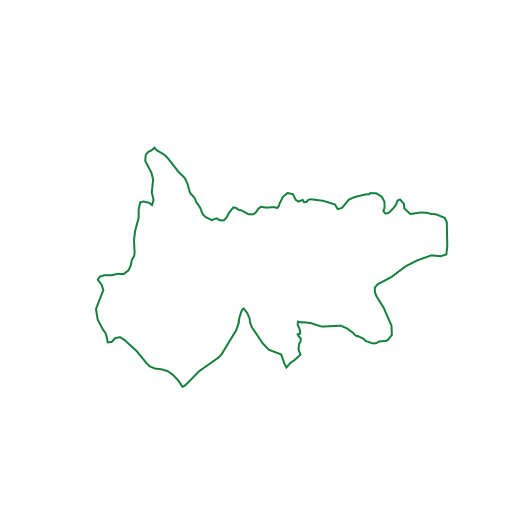 an SVG outline of Kogi, rotated 140°
{"feature_id": "NGA-2865", "entity_name": "Kogi", "entity_type": "State", "adm_level": 1, "iso_a3": "NGA", "parent_name": "Nigeria", "parent_adm1": "", "projection": "orthographic", "projection_center": [6.621, 7.634], "detail": "fine", "context": "isolated", "style": "outline", "palette": "green", "viewbox_px": 512, "rotation_deg": 140, "n_neighbors": 0, "source": "natural_earth", "source_scale": "10m", "svg_char_len": 2728}
<svg xmlns="http://www.w3.org/2000/svg" viewBox="0 0 512 512"><g transform="rotate(140 256 256)"><path d="M396.4,203.0L395.6,210.8L396.0,217.9L397.7,224.7L401.7,230.6L405.6,234.5L408.2,239.4L408.8,244.2L408.5,259.8L410.7,276.0L412.3,281.2L416.6,283.6L421.7,282.9L425.1,285.2L422.4,290.0L420.8,293.9L420.5,298.2L418.2,309.0L412.6,318.3L394.9,328.0L392.7,333.4L392.4,339.5L388.8,340.6L384.5,338.7L378.7,333.9L373.6,331.4L369.1,327.3L362.6,327.0L357.7,329.5L353.4,332.9L349.2,334.4L346.8,336.7L339.1,346.7L332.5,352.9L321.3,360.7L316.2,366.9L310.3,371.5L307.0,370.0L304.8,366.8L303.9,366.0L303.3,364.1L303.3,362.9L302.9,361.8L298.5,364.7L294.9,371.8L285.8,380.5L282.6,386.9L279.7,400.1L275.3,404.4L271.9,405.0L268.4,404.2L265.4,404.1L264.2,404.3L264.2,402.4L263.9,400.4L261.2,392.8L260.7,387.0L261.3,369.8L260.5,362.7L260.7,360.4L262.1,355.2L265.6,347.7L265.9,346.5L265.8,340.5L265.9,339.1L267.1,335.9L267.7,329.0L269.4,324.0L269.9,321.5L269.7,318.9L269.4,317.7L267.2,313.0L266.9,311.9L263.4,310.8L261.6,309.7L261.2,307.4L259.7,305.5L257.7,304.0L254.2,304.3L248.7,306.5L242.0,307.8L240.2,305.2L239.7,302.7L237.9,300.3L234.9,292.8L231.5,289.8L228.7,289.4L223.7,290.7L220.6,290.5L216.8,286.2L212.4,283.1L210.4,281.4L209.0,279.1L206.4,279.6L203.7,281.3L197.5,283.9L191.3,284.0L188.0,279.4L189.5,273.5L188.5,270.4L184.2,269.0L184.7,266.3L182.4,264.9L179.8,265.4L177.5,264.2L169.1,255.1L162.4,244.7L163.3,239.4L159.3,237.6L148.5,239.5L142.4,237.7L132.0,232.5L129.8,230.6L128.0,230.7L123.6,226.7L121.6,220.9L122.6,215.2L126.5,210.3L129.5,208.6L129.7,205.6L127.7,204.1L125.2,203.8L120.3,204.3L115.5,205.4L111.8,207.5L109.3,206.6L109.1,200.9L111.8,197.1L110.8,189.0L101.9,183.5L96.5,178.4L95.2,176.0L92.9,173.9L90.9,171.5L86.9,163.9L88.0,159.4L103.3,140.4L109.2,134.9L114.5,137.0L121.2,143.7L134.6,148.8L147.8,151.9L166.3,152.9L181.0,156.2L185.4,155.3L188.1,152.0L189.5,148.1L191.5,134.2L197.0,115.5L202.7,108.2L208.6,107.0L210.9,107.3L211.8,108.1L216.8,111.4L219.5,111.9L221.6,113.0L223.3,114.8L226.6,120.4L226.7,122.8L227.0,123.9L229.0,128.1L229.3,129.2L230.1,129.4L230.6,130.5L230.9,131.7L231.2,135.7L232.9,142.2L236.0,148.4L237.0,149.0L250.2,159.0L251.8,160.8L257.0,169.2L262.0,174.6L263.7,175.4L263.8,176.1L265.7,177.9L266.1,178.7L268.4,176.4L269.3,172.8L270.8,169.5L272.5,168.1L274.4,169.2L275.0,167.0L274.7,164.0L276.8,161.9L279.6,160.9L283.5,157.1L285.3,151.8L293.5,151.5L298.4,152.0L303.2,151.2L304.4,151.1L303.3,155.7L300.0,164.4L306.4,175.9L307.0,184.7L304.9,204.5L303.3,208.8L300.9,212.6L299.4,218.0L299.2,223.6L300.3,223.9L303.4,222.6L308.0,219.7L310.6,217.4L311.6,216.9L311.7,216.2L318.6,212.0L345.6,202.8L350.0,202.3L373.5,204.3L392.4,202.5L394.7,202.6L396.4,203.0Z" fill="none" stroke="#15803d" stroke-width="2"/></g></svg>